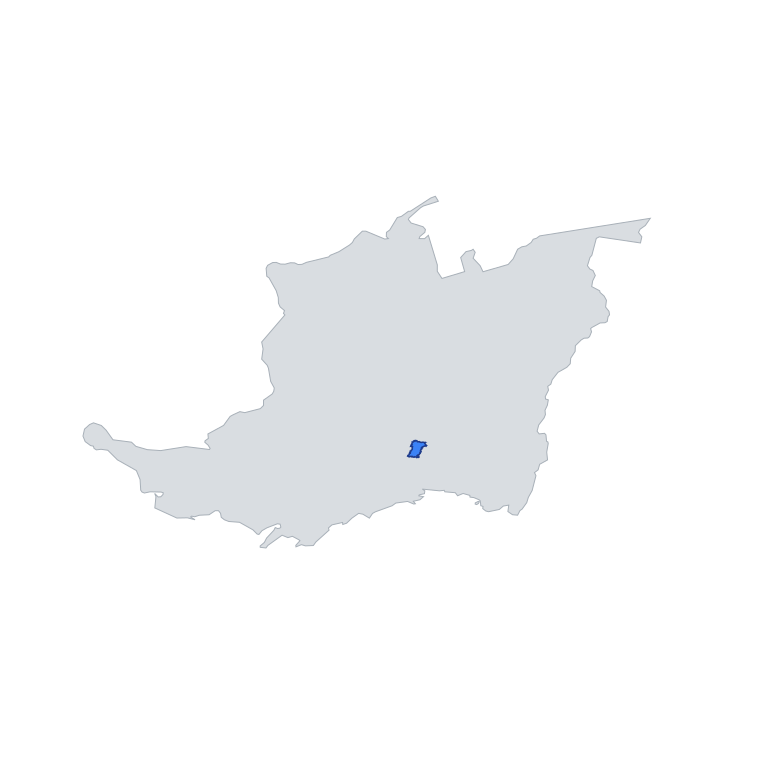 Chaparral, Tolima, Colombia (highlighted), rotated 253°
{"feature_id": "7082276B10096367300511", "entity_name": "Chaparral", "entity_type": "district", "adm_level": 2, "iso_a3": "COL", "parent_name": "Colombia", "parent_adm1": "Tolima", "projection": "equal_earth", "projection_center": [-75.57, 3.753], "detail": "fine", "context": "in_parent", "style": "filled", "palette": "blue", "viewbox_px": 768, "rotation_deg": 253, "n_neighbors": 0, "source": "geoboundaries", "source_scale": "gbopen_adm2", "svg_char_len": 7556}
<svg xmlns="http://www.w3.org/2000/svg" viewBox="0 0 768 768"><g transform="rotate(253 384 384)"><path d="M427.0,101.5L421.2,104.7L409.9,108.5L402.2,125.5L396.9,128.5L390.4,138.5L385.6,151.0L382.0,176.4L372.4,197.9L373.2,198.9L377.0,197.9L380.7,195.6L382.0,196.3L383.3,200.1L387.7,201.0L391.3,218.5L398.0,227.4L398.7,230.8L399.7,238.1L397.3,242.5L396.6,258.5L398.7,262.5L403.8,264.1L407.1,274.1L409.2,276.4L412.3,277.9L419.6,276.4L432.9,278.1L436.0,277.8L443.5,274.3L452.9,278.6L459.9,279.3L479.0,309.4L480.9,308.5L483.3,310.3L488.1,307.2L492.2,306.7L497.6,308.2L504.8,308.2L519.1,305.1L521.3,303.4L529.1,305.1L531.5,307.4L532.7,313.0L531.8,316.5L529.0,320.0L527.5,324.5L527.3,330.0L525.9,334.0L523.4,336.7L522.4,340.5L523.0,345.5L521.7,368.3L522.8,370.2L523.7,379.5L527.0,391.7L528.6,395.2L531.4,398.0L536.5,408.0L535.4,411.4L522.4,427.1L521.8,430.7L524.3,429.3L528.3,430.7L529.6,434.5L539.3,445.4L539.2,449.6L542.0,457.8L541.5,459.7L548.2,483.1L548.5,488.0L542.9,489.4L542.7,473.7L541.9,470.5L535.5,456.5L534.2,455.4L530.0,457.0L523.0,467.3L519.7,468.8L517.1,467.4L514.5,461.3L512.8,460.1L511.1,465.3L513.2,469.9L482.3,469.8L476.2,467.9L468.0,470.3L467.9,494.0L482.5,494.3L486.6,501.1L486.2,506.6L486.8,508.6L483.3,509.7L478.2,506.0L469.1,510.5L462.4,511.5L462.0,537.7L466.0,544.2L473.8,551.2L474.9,555.9L474.4,560.4L476.3,566.1L478.8,569.0L478.8,572.4L480.1,576.2L464.6,687.1L459.2,680.3L457.2,674.2L454.6,671.7L449.4,673.6L443.9,670.5L461.8,632.9L461.2,629.6L446.3,620.4L444.8,618.0L437.6,613.1L433.7,614.5L431.5,617.0L426.0,617.8L421.6,613.7L416.4,611.1L410.1,617.5L408.3,617.4L403.8,620.2L399.0,621.2L392.8,618.4L387.7,620.4L384.2,619.9L382.9,618.0L378.5,615.7L378.0,613.2L379.2,608.5L377.3,599.4L376.6,597.8L373.2,597.7L369.2,594.4L368.4,592.4L369.3,588.7L368.5,585.5L364.7,578.2L359.3,576.3L354.1,570.1L348.9,568.0L346.5,563.7L344.3,553.8L338.9,546.1L335.1,543.5L333.9,539.9L330.0,539.5L324.8,534.5L322.4,534.1L320.8,536.5L315.9,534.0L311.8,530.3L307.5,529.4L304.7,527.1L299.6,520.0L294.1,516.6L290.9,517.8L289.9,523.1L288.0,524.0L281.7,522.7L280.6,523.8L279.0,523.6L271.3,519.7L263.6,518.2L261.7,509.4L256.8,506.2L255.3,502.0L251.9,502.5L238.8,494.5L233.4,488.9L228.8,485.8L224.0,479.5L223.2,477.0L219.5,473.4L221.4,468.7L225.8,465.2L231.7,467.9L232.4,462.4L230.3,457.6L231.3,446.7L232.8,444.2L236.0,442.0L238.0,442.9L239.3,441.0L244.1,441.9L245.5,441.1L249.1,436.7L250.7,433.2L252.4,433.5L256.2,427.6L255.6,421.7L259.2,420.4L263.1,410.7L264.7,410.5L265.6,405.9L272.3,389.9L269.9,391.8L267.3,390.6L267.7,385.3L266.9,384.6L264.7,388.8L262.8,384.5L263.3,377.7L260.3,379.0L260.5,377.4L264.8,372.2L266.7,360.5L265.2,356.2L264.3,338.5L263.6,335.2L260.0,330.8L265.7,325.7L267.7,321.9L265.1,314.1L261.8,307.5L261.7,303.5L263.7,303.9L264.5,293.0L262.6,288.8L260.3,288.7L252.8,272.6L250.2,269.2L252.2,261.5L254.5,258.1L254.0,252.2L255.5,252.5L258.7,257.8L260.0,257.0L265.1,251.9L265.2,247.2L269.2,242.3L263.6,225.8L261.7,223.2L264.0,217.9L265.3,218.2L267.5,223.3L271.0,226.7L276.3,235.9L278.5,238.0L276.9,240.0L276.6,242.2L277.3,243.5L280.3,243.7L281.5,241.2L280.7,230.0L279.4,224.4L276.7,220.4L277.6,218.8L282.9,216.0L294.0,205.4L297.9,195.4L300.8,191.7L304.1,189.4L308.1,189.9L311.2,188.7L312.2,185.5L310.1,178.5L312.5,169.0L312.4,164.2L313.9,161.3L313.4,160.2L309.4,163.6L313.5,156.9L316.4,146.7L332.5,128.6L343.0,133.0L346.4,132.7L342.0,135.0L341.4,137.6L342.9,140.3L344.5,141.1L345.8,139.3L349.3,128.8L349.8,123.0L351.4,121.0L353.6,120.3L363.9,122.8L373.6,121.9L389.4,106.9L401.4,100.5L404.3,94.3L405.1,89.7L407.2,87.9L409.5,87.9L410.9,85.4L416.3,81.4L422.2,80.9L428.4,84.4L431.3,90.6L431.8,94.8L427.0,101.5ZM244.2,439.9L243.5,440.7L242.1,439.3L241.6,437.4L242.5,436.1L243.6,436.5L244.2,439.9Z" fill="#d9dde1" stroke="#a8b0b8" stroke-width="1"/><path d="M312.8,406.3L312.9,406.2L313.0,406.3L313.1,406.2L313.2,406.3L313.3,406.3L313.5,406.3L313.8,406.3L314.0,406.2L314.4,405.9L314.5,405.9L314.8,405.8L315.0,405.8L315.4,405.5L315.5,405.5L315.8,405.6L316.0,405.8L316.0,405.7L316.0,405.9L316.2,405.6L316.4,405.2L316.5,405.2L316.8,404.6L316.9,404.3L317.0,403.9L317.1,403.7L317.2,403.4L317.1,403.2L317.1,402.9L317.2,402.7L317.3,402.3L317.5,402.0L317.6,401.9L317.7,401.6L317.8,401.5L318.0,401.5L318.1,401.4L318.2,401.2L318.3,401.2L318.5,401.0L318.6,400.9L318.6,400.6L318.6,400.4L318.7,400.0L318.8,399.9L318.9,399.7L318.9,399.2L319.0,399.1L319.3,399.2L319.6,399.0L319.8,398.9L320.0,398.9L320.1,398.7L320.2,398.4L320.3,398.3L320.3,397.9L320.4,398.0L320.5,398.1L320.7,397.6L320.8,397.5L320.7,397.3L320.8,397.0L320.9,396.5L321.0,396.4L321.0,396.2L321.0,395.9L321.0,395.7L321.2,395.4L321.1,395.5L320.9,395.4L320.8,395.5L320.7,395.5L320.4,395.6L320.2,395.6L320.1,395.4L320.2,395.0L320.2,394.6L320.2,394.4L320.2,394.0L320.2,393.9L319.9,394.0L319.9,393.9L319.7,393.8L319.7,393.6L319.6,393.8L319.3,393.8L319.2,394.0L319.2,393.8L319.1,393.7L318.9,393.5L318.9,393.4L318.7,393.1L318.5,392.9L318.4,393.0L318.2,393.1L318.2,392.9L318.0,392.7L317.9,392.3L317.8,392.2L317.6,392.0L317.4,392.0L317.3,391.8L317.2,391.7L316.8,391.4L316.8,391.5L316.7,391.5L316.6,391.4L316.5,391.5L316.4,391.9L316.3,392.4L316.1,392.7L316.1,392.9L316.1,393.0L315.9,393.0L315.9,392.8L315.8,392.7L315.7,392.6L315.6,392.4L315.4,392.5L315.2,392.4L315.0,392.5L314.9,392.5L314.6,392.5L314.5,392.4L314.4,392.4L314.0,392.1L313.8,392.0L313.7,391.9L313.4,391.9L313.2,391.9L313.1,391.7L312.8,391.2L312.8,390.9L312.7,390.6L312.2,390.5L312.2,390.3L312.1,390.2L312.2,389.9L312.1,389.6L312.1,389.4L311.8,389.4L311.7,389.3L311.6,389.2L311.4,389.2L311.3,389.3L311.2,389.3L310.9,389.3L310.7,389.2L310.9,389.1L310.9,388.8L310.9,388.6L310.8,388.4L310.5,388.2L310.3,388.0L310.1,388.1L309.9,388.1L309.8,387.9L309.7,387.8L309.6,387.7L309.4,387.6L309.2,387.5L309.1,387.4L308.9,386.8L308.8,386.7L308.7,386.6L308.6,386.3L308.6,386.0L308.7,385.8L308.6,385.7L308.4,385.5L308.3,385.3L308.3,385.2L308.3,385.3L308.2,385.3L308.1,385.5L307.9,385.9L307.7,386.0L307.6,386.5L307.4,386.6L307.3,386.4L307.1,386.5L307.0,386.8L306.9,387.1L307.0,387.3L307.1,387.5L307.1,387.8L307.0,388.2L306.7,388.5L306.7,388.8L306.6,389.0L306.7,389.3L306.5,389.7L306.3,389.9L306.3,390.2L306.1,390.3L306.0,390.2L305.9,390.0L305.7,390.5L305.5,390.8L305.3,391.1L305.2,391.3L305.2,391.5L305.2,391.8L305.4,392.0L305.2,392.2L305.2,392.3L305.1,392.7L305.0,392.8L304.9,393.1L304.7,393.4L304.6,393.5L304.3,393.6L304.4,393.8L304.3,394.0L304.2,394.1L304.1,394.3L304.1,394.6L303.9,394.9L303.9,395.0L303.8,395.3L303.7,395.5L303.7,395.8L303.8,396.0L304.0,396.0L304.3,396.1L304.4,395.9L304.5,395.9L304.8,395.7L304.9,395.8L305.0,395.7L305.3,395.3L305.4,395.2L305.5,394.9L305.6,395.0L305.7,394.9L305.9,395.1L306.0,395.0L306.1,395.3L306.2,395.5L306.2,395.8L306.2,396.1L306.2,396.5L306.2,396.8L306.3,396.9L306.2,397.0L306.3,397.1L306.5,397.3L306.7,397.5L306.9,397.8L307.0,398.2L307.1,398.4L307.3,398.5L307.4,398.4L307.7,398.2L307.8,398.3L308.1,398.5L308.0,398.8L308.1,399.0L308.3,399.6L308.5,399.6L308.8,399.8L309.2,399.6L309.5,399.5L309.6,399.4L309.8,399.5L310.1,399.8L310.4,400.3L310.6,400.4L310.7,400.7L310.9,400.5L311.0,400.6L311.2,400.9L311.3,400.9L311.4,401.2L311.4,401.3L311.4,401.5L311.5,401.7L311.5,401.8L311.6,402.0L311.8,402.2L311.8,402.3L312.0,402.4L312.2,402.5L312.2,402.4L312.4,402.3L312.4,402.2L312.5,402.0L312.6,402.3L312.6,402.2L312.6,402.3L312.6,402.5L312.7,402.8L312.7,403.1L312.7,403.5L312.8,404.0L312.8,404.3L312.8,404.6L312.7,404.7L312.7,404.9L312.8,405.1L312.7,405.2L312.8,405.4L312.8,405.5L312.7,405.5L312.8,405.7L312.8,405.8L312.7,405.9L312.8,405.9L312.7,406.1L312.8,406.2L312.8,406.3Z" fill="#3b82f6" stroke="#1e3a8a" stroke-width="1.5"/></g></svg>